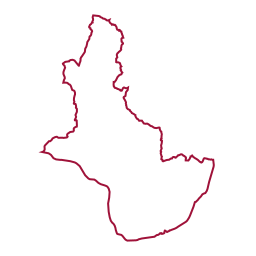 outline of Samuoi, Saravan, Laos
{"feature_id": "54806243B94049695907039", "entity_name": "Samuoi", "entity_type": "district", "adm_level": 2, "iso_a3": "LAO", "parent_name": "Laos", "parent_adm1": "Saravan", "projection": "natural_earth1", "projection_center": [106.894, 16.358], "detail": "fine", "context": "isolated", "style": "outline", "palette": "rose", "viewbox_px": 256, "rotation_deg": 0, "n_neighbors": 0, "source": "geoboundaries", "source_scale": "gbopen_adm2", "svg_char_len": 5743}
<svg xmlns="http://www.w3.org/2000/svg" viewBox="0 0 256 256"><path d="M42.2,152.0L48.6,153.3L51.0,154.9L53.5,158.2L56.1,159.4L60.4,159.9L61.8,159.9L70.3,161.2L74.7,162.4L75.9,163.0L76.8,163.6L79.7,166.1L85.2,175.3L88.4,178.5L89.7,179.2L94.4,179.6L95.9,180.6L98.4,182.9L100.8,184.2L104.7,185.4L106.5,186.1L107.4,186.7L108.7,188.6L109.6,191.9L109.2,197.6L108.1,203.5L108.7,211.8L109.7,217.2L110.8,220.7L112.2,222.7L113.4,223.7L114.6,225.5L115.4,227.8L115.8,230.0L116.7,232.8L117.1,233.7L117.9,234.1L121.3,234.9L122.4,235.8L124.6,238.6L125.6,239.7L127.3,240.6L135.9,240.3L137.5,240.0L138.7,239.3L141.8,238.5L154.6,236.7L155.5,235.9L157.1,234.9L157.7,235.0L158.5,234.7L159.5,233.9L159.9,233.4L160.3,233.5L160.6,233.2L161.3,233.1L161.5,233.2L161.6,233.8L161.9,233.9L162.9,233.7L163.7,233.4L164.3,233.0L164.4,231.9L164.7,231.4L164.7,230.8L164.8,230.6L165.4,230.7L166.4,231.6L167.0,232.0L167.6,231.8L168.2,231.3L169.0,231.1L169.6,230.4L170.4,230.4L171.1,230.0L174.7,228.7L176.5,227.8L178.2,226.6L185.9,221.8L187.1,220.7L189.1,217.6L190.1,215.4L193.5,206.7L194.9,202.1L196.0,201.8L196.5,201.2L197.8,200.0L198.9,198.5L200.9,196.5L202.4,194.3L204.2,193.4L205.3,193.1L206.7,191.0L207.5,188.9L209.1,182.0L213.6,166.7L213.8,165.0L213.2,159.8L212.5,159.9L211.6,159.4L210.4,159.6L209.4,159.3L208.4,159.3L207.7,158.8L207.2,158.9L206.2,158.5L204.3,158.2L204.0,158.5L203.6,159.0L202.9,160.9L202.2,162.1L201.5,162.5L201.1,162.5L200.6,162.0L199.8,161.8L198.0,160.0L196.9,159.3L196.5,158.9L195.5,158.5L193.9,157.3L193.5,157.2L192.1,155.5L191.2,156.3L190.6,156.4L190.6,157.1L190.1,157.6L189.8,158.6L188.4,160.5L185.7,160.4L185.7,159.1L186.0,158.3L185.9,157.4L184.2,155.9L183.4,155.7L182.9,155.1L182.1,154.6L181.8,154.3L180.9,154.3L179.0,155.2L178.2,155.2L177.9,155.7L176.8,156.7L176.1,157.1L175.7,157.7L175.2,157.6L174.2,157.0L173.3,157.0L172.6,157.4L172.0,158.5L170.7,158.6L169.2,159.7L166.7,160.0L163.1,161.3L162.6,161.0L162.4,159.7L161.5,159.4L161.3,159.2L161.5,158.0L161.9,156.5L161.3,155.8L161.2,154.8L160.7,153.4L160.8,152.7L161.2,151.9L160.6,151.0L161.7,148.4L161.7,148.1L161.3,147.7L161.3,146.9L161.1,145.3L161.6,143.8L161.9,141.9L162.0,140.8L161.9,140.7L161.3,140.6L160.9,140.3L160.8,140.1L160.9,139.8L161.1,139.7L160.9,139.2L161.1,138.7L161.6,138.5L161.4,137.4L161.6,136.9L161.5,136.0L161.7,135.2L161.8,134.3L161.6,133.3L161.3,132.4L161.3,131.7L160.8,131.3L159.9,129.7L159.6,127.7L159.1,127.5L156.3,128.1L154.3,127.8L153.3,127.2L151.7,126.1L151.0,126.1L150.3,125.7L149.8,125.4L149.4,124.8L148.8,124.6L148.2,124.1L147.1,123.6L145.5,123.8L143.7,123.4L143.1,122.3L142.3,121.4L142.0,120.7L140.8,120.6L139.2,120.8L138.1,119.3L137.7,119.0L137.0,118.8L135.8,117.0L135.4,116.0L135.4,115.1L135.0,115.0L134.4,114.4L132.3,113.2L131.9,113.1L131.1,111.8L130.1,111.0L129.9,110.1L127.7,109.0L126.7,107.8L126.5,106.1L126.1,105.5L126.2,104.7L125.8,103.5L126.0,102.5L125.9,102.1L125.0,100.2L123.8,98.3L123.6,97.5L123.8,97.0L125.5,95.9L125.9,92.5L126.0,92.1L127.7,90.0L128.0,87.6L127.2,88.1L126.6,88.2L125.3,88.1L124.2,87.5L123.8,87.5L123.1,88.0L122.0,90.2L121.8,90.6L121.4,90.7L120.4,90.0L120.2,90.3L119.8,89.9L118.5,89.1L117.3,88.9L116.8,88.3L114.8,87.8L114.4,87.3L114.2,86.5L113.8,86.3L113.6,84.9L113.7,82.0L114.5,82.1L116.0,80.2L117.6,76.9L118.3,76.3L118.8,75.5L119.1,75.4L120.2,74.7L121.4,74.3L122.0,72.8L122.3,72.6L121.9,72.0L121.4,71.6L121.2,70.9L120.8,70.5L121.1,70.1L121.1,69.9L120.5,68.9L120.6,68.4L120.4,68.1L120.4,67.5L120.5,67.2L121.3,66.5L120.8,66.1L120.8,65.5L120.2,64.4L120.1,63.4L119.5,62.8L119.0,62.7L118.2,62.3L116.6,62.3L116.2,62.1L116.2,61.7L116.2,58.6L117.3,57.4L116.8,55.1L116.9,54.3L117.6,53.1L118.0,52.9L118.9,51.8L119.7,51.3L121.1,49.8L121.2,49.2L120.9,48.2L121.2,47.7L121.5,45.4L122.0,44.5L123.0,43.7L123.0,43.3L122.5,42.5L121.6,41.7L121.7,41.1L121.5,40.8L121.5,40.1L121.4,39.2L121.5,38.6L122.1,38.0L123.3,37.7L122.7,36.2L122.7,35.6L122.4,35.0L122.1,34.7L122.0,33.9L121.9,33.4L121.4,32.6L121.4,31.9L121.3,31.5L120.6,31.3L120.3,30.8L119.4,30.8L119.6,30.0L119.4,29.9L117.9,29.9L117.2,29.6L116.7,28.4L116.6,27.3L116.1,26.4L115.6,25.8L115.5,25.4L115.3,25.2L114.8,24.8L114.2,25.0L113.8,24.9L112.9,24.3L112.0,24.8L111.5,24.0L110.1,22.9L109.3,21.5L109.1,20.6L109.4,19.9L108.5,20.3L107.3,20.5L106.5,20.2L106.2,19.7L105.4,19.4L104.7,18.8L103.1,18.6L102.3,17.9L100.3,17.0L99.9,16.4L98.7,16.0L93.2,15.4L92.7,17.0L92.7,17.8L93.0,18.5L93.1,20.0L92.3,21.7L92.6,22.5L91.9,22.7L91.1,24.0L90.0,24.8L89.1,26.9L89.3,27.5L90.5,28.3L90.5,29.2L91.7,30.2L92.1,31.0L92.1,31.5L91.5,32.6L91.2,34.6L90.7,35.6L89.8,36.3L89.5,36.8L89.3,39.0L87.3,42.1L87.1,43.6L86.5,46.2L86.0,47.4L85.4,48.3L85.2,48.8L84.9,51.6L84.7,52.2L81.6,56.8L81.1,57.3L80.7,58.4L80.5,58.7L80.6,59.9L80.3,61.6L79.8,62.6L78.9,65.7L78.7,65.7L74.5,60.5L72.7,59.8L70.7,60.0L69.4,60.7L69.2,61.3L65.6,61.8L64.7,62.2L64.1,62.8L63.2,63.3L62.9,63.6L63.1,64.3L64.6,65.9L64.8,67.0L65.1,67.7L64.2,69.8L63.5,71.9L63.4,73.0L63.5,74.2L64.7,77.1L64.8,78.3L63.9,80.2L63.3,82.7L65.0,82.6L67.1,82.8L67.7,83.1L68.6,84.1L69.8,84.6L70.5,85.4L70.9,86.1L72.2,89.9L74.1,90.7L74.5,91.2L75.0,92.7L75.0,94.7L74.7,95.2L74.0,98.1L73.9,100.3L74.4,101.7L73.8,103.3L73.9,103.7L74.3,103.9L75.5,104.0L75.7,104.3L76.1,106.3L75.9,107.6L76.2,108.2L76.7,108.5L76.9,109.0L76.9,111.8L75.5,115.0L76.1,116.8L75.9,117.6L74.8,119.8L74.9,120.3L75.1,120.4L76.3,120.2L76.7,120.5L76.9,125.4L76.8,126.6L75.5,127.0L74.2,127.9L73.8,128.5L73.7,129.1L73.9,130.0L73.8,130.6L73.5,131.2L73.1,131.6L70.2,132.0L67.7,133.7L67.2,134.4L67.1,135.0L67.2,135.9L67.4,136.3L67.6,136.5L67.4,137.0L66.8,137.5L63.5,137.9L62.2,137.7L58.6,137.8L57.9,137.5L56.9,136.8L56.4,136.8L54.9,137.2L52.6,138.4L51.6,140.0L50.2,141.2L49.0,141.2L47.8,142.5L45.1,145.3L44.6,146.1L44.5,146.6L44.7,149.3L44.3,150.4L43.3,151.6L42.2,152.0Z" fill="none" stroke="#9f1239" stroke-width="2"/></svg>